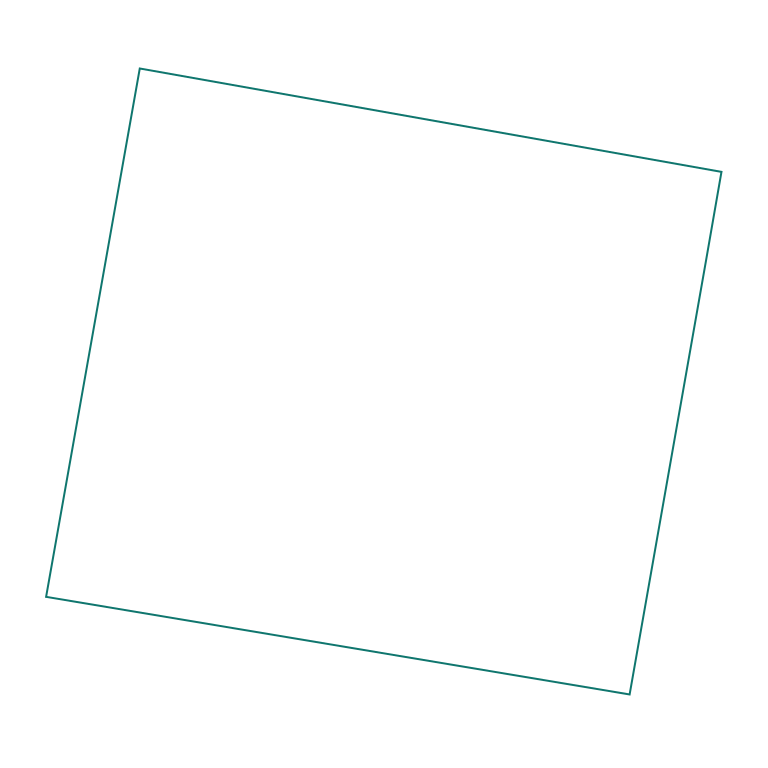 outline of Lamb, Texas, United States of America, rotated 100°
{"feature_id": "52423323B61761098121912", "entity_name": "Lamb", "entity_type": "district", "adm_level": 2, "iso_a3": "USA", "parent_name": "United States of America", "parent_adm1": "Texas", "projection": "robinson", "projection_center": [-102.337, 34.069], "detail": "fine", "context": "isolated", "style": "outline", "palette": "teal", "viewbox_px": 768, "rotation_deg": 100, "n_neighbors": 0, "source": "geoboundaries", "source_scale": "gbopen_adm2", "svg_char_len": 234}
<svg xmlns="http://www.w3.org/2000/svg" viewBox="0 0 768 768"><g transform="rotate(100 384 384)"><path d="M647.1,88.2L207.0,88.3L116.5,88.5L115.7,679.3L652.3,679.8L647.1,88.2Z" fill="none" stroke="#0f766e" stroke-width="2"/></g></svg>